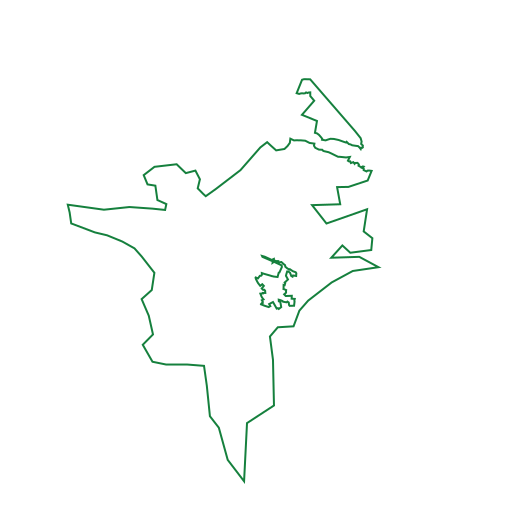 outline of Urtachirchik, Tashkent, Uzbekistan, rotated 49°
{"feature_id": "79887680B65075786438492", "entity_name": "Urtachirchik", "entity_type": "district", "adm_level": 2, "iso_a3": "UZB", "parent_name": "Uzbekistan", "parent_adm1": "Tashkent", "projection": "robinson", "projection_center": [69.308, 41.051], "detail": "fine", "context": "isolated", "style": "outline", "palette": "green", "viewbox_px": 512, "rotation_deg": 49, "n_neighbors": 0, "source": "geoboundaries", "source_scale": "gbopen_adm2", "svg_char_len": 3546}
<svg xmlns="http://www.w3.org/2000/svg" viewBox="0 0 512 512"><g transform="rotate(49 256 256)"><path d="M344.8,170.9L324.4,178.6L306.7,200.3L304.7,183.9L315.4,182.7L327.1,165.1L318.9,156.5L308.1,158.6L293.6,141.5L277.7,181.5L254.4,180.3L272.2,158.5L257.2,149.6L264.5,140.9L272.3,122.2L267.6,112.9L265.8,114.5L264.7,115.9L264.7,117.1L261.8,118.4L260.6,117.3L259.2,118.1L259.1,116.2L258.5,116.6L258.0,118.4L255.1,119.4L254.4,118.3L252.3,118.3L250.8,120.2L251.1,121.1L249.0,121.0L248.1,123.4L246.4,122.8L245.7,123.7L244.4,124.1L242.8,120.2L240.7,123.4L236.2,127.6L234.9,129.0L228.2,131.8L225.3,133.1L221.6,135.8L220.8,136.3L219.3,136.3L217.0,138.7L213.2,140.3L210.8,139.9L209.5,138.2L205.8,141.4L201.3,143.2L198.0,146.4L194.9,149.9L193.7,151.5L190.0,153.1L192.8,156.2L193.7,160.1L193.9,164.3L189.5,171.5L182.2,172.4L177.4,172.9L176.9,181.5L181.0,211.4L179.1,242.1L177.9,254.7L174.5,255.1L166.7,255.6L161.3,248.0L151.8,245.7L147.4,254.6L134.7,255.7L122.1,274.1L121.3,287.7L130.8,290.9L136.9,285.8L149.1,293.7L158.0,289.6L161.6,294.4L152.4,303.0L136.0,319.4L121.3,340.4L93.8,364.4L100.9,368.1L110.2,374.1L132.5,362.1L142.7,354.8L157.4,347.4L170.5,342.7L181.4,342.6L202.0,343.7L213.3,357.0L213.5,370.6L230.7,376.1L247.6,385.2L248.7,399.7L267.9,403.5L279.0,395.0L292.5,379.4L304.8,367.3L321.6,378.2L346.7,395.9L361.2,396.7L391.3,411.1L418.2,412.8L376.2,372.4L380.6,340.5L345.5,311.3L325.9,298.3L324.1,286.3L333.7,273.8L325.7,259.1L323.9,245.9L325.6,216.2L330.8,192.8L344.8,170.9ZM295.0,240.8L295.6,242.0L294.2,242.5L291.0,241.3L288.9,241.8L288.1,242.6L289.6,245.0L290.6,246.4L292.1,246.7L294.7,247.3L294.8,250.2L294.8,251.7L295.6,251.7L296.8,253.5L295.9,254.1L298.7,256.6L298.9,256.9L301.5,255.6L301.9,256.1L303.4,257.4L303.4,259.9L305.7,259.8L309.5,255.1L311.6,257.1L313.8,254.9L315.0,256.5L315.7,256.8L318.5,259.9L315.7,263.3L314.6,263.2L312.6,261.8L311.0,262.2L311.0,263.3L310.7,263.5L310.3,263.9L308.2,265.6L307.4,265.5L305.6,266.4L303.9,267.5L305.2,268.5L306.5,267.7L311.1,270.5L310.9,273.6L309.7,273.7L309.3,274.9L304.0,273.8L301.9,273.4L300.9,277.6L303.2,278.1L303.1,278.4L302.9,279.9L299.1,282.2L297.5,283.0L296.0,283.8L295.9,283.5L295.9,282.7L295.5,283.0L295.2,281.0L293.2,280.6L293.7,278.8L291.6,278.7L290.1,278.4L287.3,277.4L288.8,275.3L288.4,275.0L290.0,273.2L288.6,272.2L288.2,271.9L286.9,271.9L286.3,272.8L284.3,273.0L283.7,269.7L281.4,269.8L281.3,272.4L277.7,272.2L275.8,271.8L273.4,271.2L272.1,270.6L272.0,270.3L274.2,269.2L273.5,266.1L274.3,264.9L274.0,263.8L272.7,262.8L274.6,261.7L279.8,258.3L281.8,257.1L282.2,256.7L282.9,256.3L286.0,253.5L283.5,249.8L283.8,249.1L281.3,243.7L279.9,242.8L272.2,246.2L272.0,247.9L271.1,246.8L260.9,251.7L259.9,251.4L262.2,249.9L270.1,246.3L269.6,245.3L269.9,244.4L270.9,245.2L272.8,244.4L274.5,242.5L275.5,243.4L277.2,240.8L280.5,240.4L282.0,240.1L283.3,240.9L285.9,240.5L288.2,239.7L288.2,239.1L291.6,238.2L294.3,236.7L295.5,236.9L297.4,238.8L295.0,240.8ZM226.6,99.3L158.2,99.2L154.1,103.7L153.2,105.6L159.8,118.5L162.0,117.1L162.6,115.7L163.4,114.5L164.5,113.5L165.4,112.2L165.4,110.9L166.7,110.3L167.2,108.9L168.1,107.7L170.9,110.1L177.0,110.2L179.6,128.7L194.1,121.4L201.7,130.7L203.5,129.5L205.9,129.0L208.7,129.0L211.0,129.1L211.6,129.9L214.4,127.6L215.4,125.1L216.4,122.9L218.8,120.4L222.7,117.5L227.5,114.8L229.5,113.6L229.3,112.7L230.6,112.6L232.4,112.5L233.9,111.4L235.5,110.8L238.2,108.5L240.0,106.9L241.8,106.7L244.0,106.8L243.3,105.6L244.1,104.8L244.1,104.1L242.9,103.2L242.7,102.9L240.4,103.1L238.9,101.2L235.7,99.7L226.6,99.3Z" fill="none" stroke="#15803d" stroke-width="2"/></g></svg>